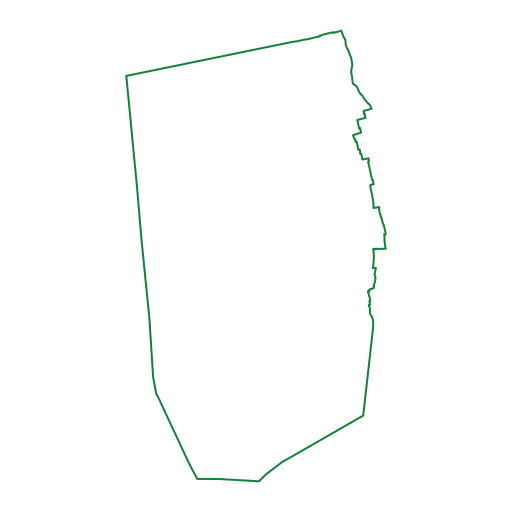 Krasae Sin, Thailand
{"feature_id": "78962969B29220890850544", "entity_name": "Krasae Sin", "entity_type": "district", "adm_level": 2, "iso_a3": "THA", "parent_name": "Thailand", "parent_adm1": "", "projection": "natural_earth1", "projection_center": [100.354, 7.607], "detail": "fine", "context": "isolated", "style": "outline", "palette": "green", "viewbox_px": 512, "rotation_deg": 0, "n_neighbors": 0, "source": "geoboundaries", "source_scale": "gbopen_adm2", "svg_char_len": 5141}
<svg xmlns="http://www.w3.org/2000/svg" viewBox="0 0 512 512"><path d="M218.9,479.0L259.0,481.3L266.0,474.3L281.9,462.2L363.2,415.6L373.1,327.6L373.2,326.2L373.2,323.2L373.1,321.2L372.9,319.9L372.6,318.6L372.1,317.2L371.5,316.1L370.7,315.0L370.3,314.4L370.2,314.1L370.1,313.8L370.0,313.5L370.1,312.9L369.9,311.4L369.9,310.4L369.9,309.0L369.9,308.6L369.8,308.2L369.4,306.8L369.3,306.6L369.1,306.3L369.0,306.2L368.9,305.9L368.8,305.2L369.0,304.9L370.0,304.6L370.1,304.4L370.1,304.2L369.7,303.0L369.6,302.8L369.4,301.4L369.5,301.3L370.2,301.1L369.8,298.6L369.7,297.4L369.6,297.0L369.5,296.7L369.3,296.4L369.1,295.6L368.8,294.6L368.4,293.2L368.2,292.6L368.0,291.8L368.0,291.6L368.1,291.4L369.2,291.4L369.4,291.4L369.5,291.3L369.5,291.2L369.4,290.5L369.3,289.8L369.3,289.6L369.7,289.4L370.3,289.2L370.9,289.1L371.7,289.0L371.8,288.9L372.0,288.8L372.1,288.6L372.3,288.4L372.7,288.2L373.5,288.0L373.8,287.9L373.9,287.7L373.9,285.6L374.0,285.0L374.1,284.4L374.2,284.1L374.4,283.6L374.6,283.2L374.7,282.8L374.8,282.2L375.0,281.3L375.1,280.8L375.4,278.7L375.4,278.4L375.4,277.6L375.3,277.0L375.2,276.5L374.8,275.2L374.5,274.6L374.5,274.3L374.8,273.7L374.8,273.2L375.4,270.6L375.7,269.0L375.8,268.1L375.1,267.9L374.8,267.9L373.9,268.0L373.4,268.1L373.1,268.1L373.2,265.8L373.5,263.1L373.6,261.8L373.9,257.7L373.9,257.1L373.8,255.3L373.8,253.8L373.4,251.1L373.3,249.4L373.3,249.2L374.8,249.2L374.7,248.9L374.8,248.9L375.4,248.8L377.1,248.9L377.6,248.9L378.4,248.8L379.8,248.9L383.8,248.8L384.8,248.8L385.7,248.6L385.6,248.2L385.4,247.5L385.3,246.9L385.3,246.6L385.0,244.9L384.6,242.1L384.6,241.6L384.5,240.7L384.5,239.0L384.4,237.7L384.4,237.3L384.4,237.2L384.5,237.1L384.6,236.8L384.6,236.6L384.4,235.6L384.2,234.6L385.6,234.3L385.7,234.2L385.5,233.2L385.4,232.4L385.4,232.0L384.9,230.0L383.8,225.1L383.7,224.9L383.5,224.6L383.3,224.3L383.2,224.2L382.9,222.9L382.5,222.6L382.4,221.9L382.2,221.0L382.1,220.1L382.0,219.7L381.9,219.1L381.3,217.5L381.3,217.3L381.2,217.3L380.9,217.3L380.9,217.2L380.9,216.7L380.5,214.8L380.4,214.4L380.3,214.2L380.0,213.7L379.7,212.6L379.1,209.3L379.1,209.1L379.2,208.5L379.2,208.2L379.2,207.6L379.1,207.2L378.9,207.0L377.0,207.5L376.0,207.6L373.7,208.0L373.6,207.9L373.4,207.6L373.5,207.3L373.5,207.2L373.7,206.8L373.7,206.7L373.5,205.7L373.5,205.1L373.4,203.7L373.4,203.0L373.3,202.1L373.3,201.7L373.2,201.0L372.8,199.0L372.6,198.3L372.5,197.6L372.4,197.2L372.3,196.5L371.9,194.3L371.9,194.0L371.7,193.1L371.3,191.3L371.1,190.4L371.0,189.9L370.7,188.8L370.5,187.7L370.4,187.1L370.3,186.5L370.3,186.4L370.4,185.0L373.6,184.1L373.2,182.2L373.1,181.9L372.9,181.0L372.7,179.9L372.4,179.8L372.2,179.7L372.0,179.4L371.9,179.2L371.5,177.1L371.4,176.5L371.3,176.3L371.2,176.0L371.1,175.7L369.6,168.2L369.0,165.5L368.7,164.5L368.5,163.0L368.2,162.1L368.2,161.9L368.2,161.7L368.3,161.7L368.7,161.5L368.8,161.4L368.7,160.5L368.8,159.7L368.6,158.7L368.5,158.4L368.4,158.4L367.8,158.5L366.4,158.7L362.7,159.5L362.4,159.4L362.2,158.9L362.3,158.5L362.3,158.4L362.2,158.1L362.1,157.7L361.4,154.5L361.3,154.0L361.2,153.9L360.6,154.0L360.4,154.0L360.3,153.8L360.0,152.2L360.2,151.8L360.2,151.7L359.8,149.6L359.7,149.5L358.5,149.8L358.4,149.8L358.3,149.7L357.7,146.5L357.6,145.9L357.4,144.7L357.2,144.1L357.1,143.8L357.1,143.5L356.9,142.2L356.7,142.0L356.1,142.2L355.9,142.0L355.6,140.4L355.1,140.3L355.0,140.2L354.6,138.6L354.4,138.5L354.2,138.5L354.0,138.1L353.7,137.2L353.4,136.4L353.2,135.7L353.2,135.4L353.2,135.2L355.5,134.4L356.2,134.2L359.4,133.2L361.0,132.7L361.2,132.4L360.6,130.5L360.5,130.3L360.2,128.5L360.2,128.4L360.1,128.2L359.2,128.5L359.1,128.4L358.9,127.7L358.0,122.9L357.6,121.0L357.4,120.0L357.5,119.9L362.3,118.7L363.8,118.3L364.7,118.0L365.5,117.9L364.6,113.8L364.1,114.0L363.8,112.1L363.7,111.4L363.6,111.0L363.6,110.9L363.8,110.8L366.5,110.3L366.9,110.1L371.0,108.8L371.5,108.6L370.9,107.3L370.4,105.9L370.2,105.6L369.7,104.8L369.5,104.5L367.7,103.0L367.2,102.5L365.5,100.2L364.1,98.6L363.7,98.0L363.3,97.4L363.2,97.1L362.9,96.4L362.8,96.2L362.6,96.0L361.7,95.1L361.0,94.4L360.9,94.1L360.4,93.7L360.0,93.3L359.8,92.9L359.4,92.3L358.9,91.4L358.3,90.0L357.3,87.6L356.7,86.7L356.0,85.9L355.9,85.7L355.6,85.4L355.0,85.1L353.4,84.1L353.1,83.9L353.0,83.7L352.9,83.6L352.8,83.1L352.5,81.1L352.3,79.3L352.0,77.1L351.7,74.7L351.4,73.5L351.2,72.4L351.2,71.8L351.2,71.2L351.4,69.8L351.5,68.4L351.7,67.9L351.9,67.0L352.3,66.2L352.3,65.5L352.1,63.5L351.9,62.1L351.6,60.2L351.4,59.3L351.1,57.9L350.8,57.0L349.7,54.4L349.6,53.8L349.2,52.6L348.9,51.8L348.7,51.2L348.3,50.4L348.0,49.8L347.4,48.8L346.9,48.0L346.7,47.5L346.4,46.7L346.0,45.5L345.9,45.0L345.7,44.2L345.6,43.5L345.5,41.2L345.4,40.8L345.4,40.5L345.3,40.2L345.1,39.5L344.8,39.0L344.7,38.7L344.0,37.6L343.5,36.9L343.4,36.4L342.6,34.3L342.3,33.3L341.2,30.7L339.4,31.3L336.8,32.0L333.3,32.9L333.2,32.3L332.4,32.5L330.4,32.8L327.4,33.6L325.2,34.1L322.9,34.8L319.5,35.8L319.6,36.5L317.4,36.9L314.1,37.6L312.6,38.0L309.1,38.9L307.2,39.3L306.7,39.3L304.2,39.7L302.7,40.0L300.2,40.6L298.0,41.1L291.9,42.0L126.3,75.9L136.9,185.9L141.6,240.8L149.4,318.5L153.1,376.9L156.2,393.7L158.3,397.5L188.9,463.1L197.2,478.9L218.9,479.0Z" fill="none" stroke="#15803d" stroke-width="2"/></svg>